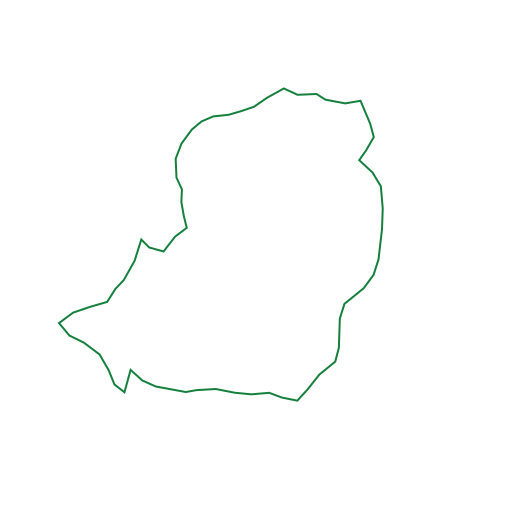 the district of Vitória Brasil, São Paulo, Brazil, rotated 215°
{"feature_id": "56859067B68345580713406", "entity_name": "Vitória Brasil", "entity_type": "district", "adm_level": 2, "iso_a3": "BRA", "parent_name": "Brazil", "parent_adm1": "São Paulo", "projection": "robinson", "projection_center": [-50.482, -20.199], "detail": "fine", "context": "isolated", "style": "outline", "palette": "green", "viewbox_px": 512, "rotation_deg": 215, "n_neighbors": 0, "source": "geoboundaries", "source_scale": "gbopen_adm2", "svg_char_len": 948}
<svg xmlns="http://www.w3.org/2000/svg" viewBox="0 0 512 512"><g transform="rotate(215 256 256)"><path d="M139.2,161.2L137.2,176.5L136.1,195.2L130.5,214.9L135.5,228.4L151.5,252.9L156.1,267.6L149.3,291.3L148.9,308.1L153.7,323.5L168.2,350.3L179.5,367.7L193.7,384.7L208.3,391.2L226.4,393.7L226.4,405.9L227.7,420.9L238.1,429.7L259.4,443.1L270.4,432.2L288.8,423.9L299.4,423.4L314.4,411.9L329.3,409.2L337.7,392.0L343.2,377.2L351.2,366.2L359.4,356.0L371.1,345.8L377.8,335.0L381.1,322.8L381.5,305.3L377.6,289.6L366.1,274.6L354.9,268.1L348.1,257.4L337.8,247.1L328.9,239.4L333.4,225.4L334.3,206.7L348.4,201.7L359.4,203.7L352.7,182.5L350.5,160.5L352.3,148.5L351.6,133.0L362.9,119.0L373.3,104.8L378.9,88.1L363.3,83.8L347.1,86.3L327.6,85.6L310.9,77.8L298.3,69.6L285.6,68.9L293.4,90.8L277.8,88.8L263.3,91.6L235.5,104.3L227.7,112.1L212.6,124.0L195.0,131.8L180.5,140.0L166.7,151.5L153.9,154.8L139.2,161.2Z" fill="none" stroke="#15803d" stroke-width="2"/></g></svg>